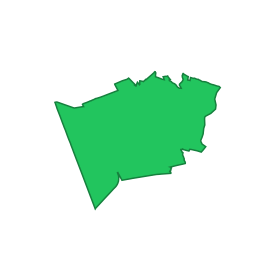 the district of Paulesti, Prahova, Romania, rotated 34°
{"feature_id": "2599482B85410433594124", "entity_name": "Paulesti", "entity_type": "district", "adm_level": 2, "iso_a3": "ROU", "parent_name": "Romania", "parent_adm1": "Prahova", "projection": "robinson", "projection_center": [25.961, 44.996], "detail": "fine", "context": "isolated", "style": "filled", "palette": "green", "viewbox_px": 256, "rotation_deg": 34, "n_neighbors": 0, "source": "geoboundaries", "source_scale": "gbopen_adm2", "svg_char_len": 5067}
<svg xmlns="http://www.w3.org/2000/svg" viewBox="0 0 256 256"><g transform="rotate(34 128 128)"><path d="M146.1,213.4L146.1,213.1L146.0,212.9L147.9,200.4L149.4,191.0L150.0,186.9L150.6,183.8L150.7,182.7L150.7,181.9L150.6,180.4L150.5,179.8L150.4,179.4L150.1,178.4L150.0,177.8L149.6,177.0L149.4,176.6L149.0,175.8L148.3,174.7L147.7,173.9L147.4,173.5L146.8,172.9L146.2,172.3L145.4,171.8L144.9,171.4L144.3,171.0L144.5,170.6L145.0,170.9L152.2,174.7L155.9,171.1L157.5,169.6L159.9,167.2L175.1,152.9L175.5,152.5L177.8,150.4L179.5,149.1L180.8,148.0L188.8,141.7L188.7,141.5L188.7,141.3L188.6,141.2L188.3,141.1L188.2,140.8L188.1,140.7L187.9,140.7L187.7,140.6L187.5,140.8L187.4,140.8L187.2,140.8L187.0,140.7L186.9,140.7L186.9,140.4L187.0,140.4L187.1,140.2L186.9,140.0L186.9,139.9L187.0,139.8L187.0,139.6L186.9,139.5L186.8,139.4L186.9,139.2L187.0,139.1L186.9,139.0L186.8,138.9L186.8,138.7L186.7,138.3L186.7,137.9L186.5,137.7L186.4,137.6L186.2,137.5L186.0,137.4L186.0,137.1L186.3,136.7L186.2,136.5L186.0,136.4L185.9,136.4L185.7,136.4L185.0,136.6L187.8,133.5L189.7,131.4L191.4,129.6L193.6,127.3L195.3,125.4L195.1,125.0L194.9,124.7L194.6,124.5L194.4,124.2L193.5,123.9L193.3,123.7L193.0,123.5L192.8,123.5L192.7,123.2L192.2,122.9L192.2,122.7L191.9,122.5L191.7,122.0L191.4,121.8L191.1,121.6L190.8,121.5L190.4,121.1L190.0,120.8L189.2,120.3L188.5,120.0L188.3,119.7L188.1,119.3L187.7,118.4L187.4,118.1L187.3,117.7L187.2,117.7L186.3,117.8L186.1,117.7L185.9,117.5L185.8,117.3L185.6,117.2L185.3,117.1L184.9,116.7L184.6,116.6L184.4,116.6L184.2,116.7L183.9,116.5L183.8,116.4L183.8,116.2L184.0,116.1L184.3,115.9L184.7,115.6L184.8,115.5L184.9,115.4L184.9,114.9L185.2,114.8L185.5,114.8L186.0,114.9L187.8,114.3L189.0,113.9L191.4,113.0L191.3,112.1L191.0,111.3L191.1,111.1L192.8,110.3L193.8,109.9L194.2,109.7L194.9,109.5L197.9,108.3L202.2,107.0L202.6,104.1L202.9,100.0L198.4,99.9L195.9,98.4L195.2,97.5L194.6,94.4L193.6,90.9L191.0,86.0L190.0,82.6L186.5,77.8L185.5,76.1L185.9,74.4L188.5,69.6L190.0,63.4L188.1,59.7L183.7,55.5L181.7,49.1L181.9,42.9L180.4,42.6L179.5,42.9L178.6,43.3L177.8,43.6L177.3,43.7L176.1,44.0L174.7,44.4L173.7,44.8L173.2,45.0L172.1,45.3L171.2,45.5L170.7,45.6L170.1,45.6L169.4,45.6L168.9,45.8L168.5,45.9L167.7,46.0L167.4,46.1L166.9,46.2L166.3,46.5L165.6,46.8L165.3,47.0L164.7,47.3L164.4,47.5L163.5,48.0L163.2,48.1L161.9,48.1L161.3,48.1L160.7,48.3L160.2,48.4L159.4,48.3L159.2,48.3L158.3,48.8L158.2,48.9L157.6,49.1L156.6,49.3L155.3,49.5L155.0,49.7L154.4,50.2L154.3,50.4L154.2,50.4L153.9,50.5L152.2,51.0L151.6,51.2L152.9,53.9L150.6,54.8L149.2,51.7L148.3,51.9L146.1,52.0L144.6,52.1L144.3,52.1L144.0,52.1L143.4,51.9L143.2,52.0L143.2,52.4L143.2,52.5L143.2,52.9L143.3,53.1L143.6,53.5L144.0,53.9L144.0,54.0L143.9,54.4L143.8,54.5L144.2,54.9L144.3,55.1L144.7,55.5L145.2,55.9L145.9,56.4L146.2,56.5L146.4,56.6L146.4,56.8L146.5,57.0L146.8,58.0L146.9,58.3L146.8,59.0L146.9,59.5L146.8,60.1L146.7,60.5L146.5,61.1L146.4,61.9L146.4,62.1L146.2,62.7L146.2,62.8L146.3,63.1L146.5,63.4L146.9,63.9L147.3,64.1L148.2,64.3L148.6,64.5L149.1,64.8L149.9,65.3L149.5,65.5L148.8,66.0L148.7,66.1L148.4,66.2L148.1,66.3L147.8,66.3L147.4,66.4L146.9,66.4L146.1,66.4L145.8,66.3L145.0,66.0L144.6,65.9L144.1,65.6L143.8,65.5L143.0,65.4L142.4,65.3L141.8,65.3L141.6,65.4L141.3,65.4L141.1,65.4L140.2,65.6L139.9,65.7L139.6,65.7L139.3,65.7L138.2,65.4L137.9,65.3L137.6,65.4L137.0,65.5L136.4,65.5L136.0,65.6L135.8,65.6L135.5,65.3L135.3,65.0L135.7,64.6L135.9,64.4L136.0,64.2L132.6,63.2L131.8,62.7L131.5,63.1L131.4,63.2L131.3,63.4L131.1,63.6L130.8,63.8L129.9,64.4L129.6,64.7L129.4,65.0L128.9,65.5L128.5,65.8L131.1,67.7L130.9,67.8L130.3,67.9L130.1,68.0L129.0,68.5L128.5,68.6L126.6,69.0L125.5,69.3L125.2,69.3L124.8,69.4L124.2,69.6L123.9,69.7L123.2,69.9L122.4,70.0L122.2,70.1L121.6,69.3L120.6,67.6L120.3,66.8L119.5,66.5L119.2,66.2L119.0,66.4L118.7,67.5L118.6,67.4L118.6,67.6L118.6,67.8L118.3,68.8L117.9,70.5L116.4,76.0L116.0,77.6L115.6,77.6L114.8,80.9L114.5,80.9L114.1,81.1L113.0,81.6L112.1,81.9L111.4,82.3L111.8,82.9L112.7,84.3L113.2,85.0L113.4,85.3L113.3,85.8L111.6,85.2L110.4,84.7L110.2,84.7L111.1,88.7L110.6,88.8L110.1,88.8L109.4,88.7L109.6,88.1L109.0,87.9L107.1,87.6L101.3,86.4L100.6,86.3L100.0,88.1L96.9,92.0L92.4,99.0L92.7,99.3L97.2,101.7L98.7,102.5L97.3,104.5L97.1,104.7L96.8,105.1L96.6,105.5L87.9,117.9L85.5,120.9L85.4,121.0L85.0,121.4L84.6,121.8L84.4,122.2L83.9,123.3L83.5,123.8L82.7,125.0L82.4,125.5L82.3,125.9L81.8,126.4L81.3,127.0L81.1,127.5L80.4,128.5L79.9,129.3L79.0,130.6L78.3,131.5L78.0,131.9L77.8,132.1L77.8,132.3L77.5,132.7L77.2,133.2L77.0,133.8L79.2,135.1L78.8,135.4L75.9,138.1L72.6,141.2L72.2,141.5L71.9,141.6L71.3,141.8L67.9,142.7L55.6,145.9L54.9,146.1L54.6,146.2L54.3,146.4L53.8,146.8L53.6,147.0L53.1,147.6L54.3,148.4L54.6,148.7L54.8,148.8L55.0,149.0L55.4,149.3L55.7,149.5L56.0,149.8L56.4,150.0L57.1,150.5L57.3,150.8L57.5,150.9L57.7,151.1L58.7,151.8L59.4,152.3L65.2,156.3L70.2,159.9L71.6,160.9L73.2,162.0L74.7,163.1L77.3,164.8L82.5,168.6L85.2,170.5L86.9,171.6L89.3,173.2L90.1,173.9L93.7,176.4L96.6,178.5L102.7,182.8L106.3,185.3L114.7,191.2L146.1,213.4Z" fill="#22c55e" stroke="#15803d" stroke-width="1.5"/></g></svg>